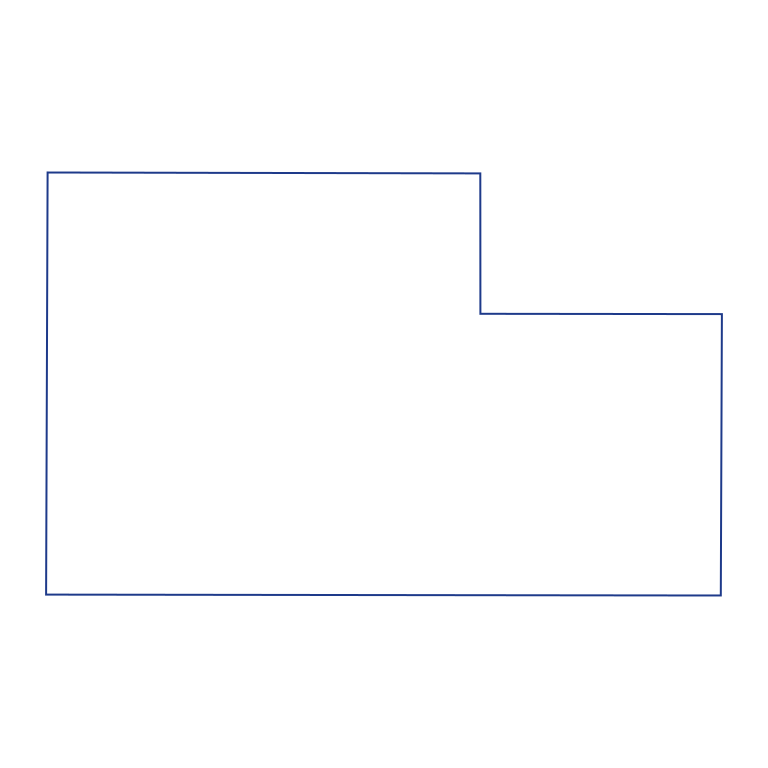 Wayne, Nebraska, United States of America (Equal Earth projection)
{"feature_id": "52423323B26030378600727", "entity_name": "Wayne", "entity_type": "district", "adm_level": 2, "iso_a3": "USA", "parent_name": "United States of America", "parent_adm1": "Nebraska", "projection": "equal_earth", "projection_center": [-97.053, 42.221], "detail": "fine", "context": "isolated", "style": "outline", "palette": "blue", "viewbox_px": 768, "rotation_deg": 0, "n_neighbors": 0, "source": "geoboundaries", "source_scale": "gbopen_adm2", "svg_char_len": 245}
<svg xmlns="http://www.w3.org/2000/svg" viewBox="0 0 768 768"><path d="M478.4,595.2L720.8,595.5L721.9,314.1L721.2,314.1L480.4,313.8L480.3,173.4L47.6,172.5L46.1,594.6L189.7,594.8L478.4,595.2Z" fill="none" stroke="#1e3a8a" stroke-width="2"/></svg>